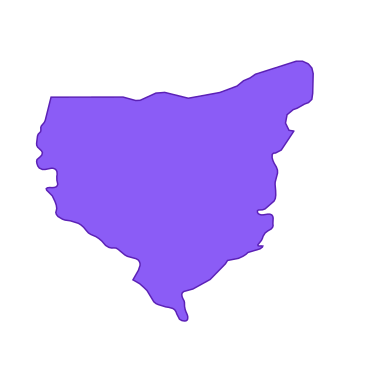 the County of Dolj, rotated 167°
{"feature_id": "ROU-122", "entity_name": "Dolj", "entity_type": "County", "adm_level": 1, "iso_a3": "ROU", "parent_name": "Romania", "parent_adm1": "", "projection": "natural_earth1", "projection_center": [23.693, 44.245], "detail": "fine", "context": "isolated", "style": "filled", "palette": "violet", "viewbox_px": 384, "rotation_deg": 167, "n_neighbors": 0, "source": "natural_earth", "source_scale": "10m", "svg_char_len": 2426}
<svg xmlns="http://www.w3.org/2000/svg" viewBox="0 0 384 384"><g transform="rotate(167 192 192)"><path d="M61.1,296.0L54.9,294.6L49.8,290.6L47.3,285.8L47.3,280.1L52.2,261.0L54.4,255.3L58.4,252.9L62.6,252.4L70.6,250.0L74.9,249.5L82.0,245.9L85.4,238.1L83.6,230.3L79.1,228.5L79.1,228.4L95.6,212.8L101.8,211.2L103.9,211.5L105.4,210.6L106.2,207.5L106.1,204.6L105.5,201.5L104.2,197.4L103.8,194.1L104.4,191.2L108.7,183.0L109.3,180.9L110.2,174.5L111.1,170.1L112.3,166.9L114.1,164.7L124.6,159.1L127.3,158.8L131.3,159.5L132.4,159.1L132.8,157.4L132.3,156.0L131.1,154.9L129.6,154.1L127.6,153.7L123.3,153.4L121.1,152.9L119.5,151.8L118.8,150.2L118.8,148.4L120.3,143.0L120.6,140.9L121.4,139.5L123.1,138.2L127.0,137.0L130.0,135.6L132.7,132.9L133.9,130.9L135.3,129.2L139.7,125.8L139.7,124.8L138.5,124.2L136.7,123.9L135.2,123.4L135.8,122.5L138.5,121.3L151.1,120.5L153.5,119.1L156.8,117.9L161.7,116.9L172.8,117.3L175.6,114.5L194.0,102.7L212.9,97.3L222.4,96.9L224.2,95.9L225.0,94.5L225.2,92.6L225.0,90.7L224.6,89.1L224.2,87.6L224.2,86.1L225.0,82.2L225.1,79.4L224.9,77.0L224.5,74.9L224.2,73.0L224.2,71.3L224.8,69.2L225.7,68.2L226.9,67.8L228.3,68.0L230.8,69.0L232.8,70.9L234.3,76.8L234.5,78.8L235.4,81.2L237.0,82.9L240.5,84.8L243.5,86.0L250.2,89.9L252.1,91.3L253.9,93.6L258.0,106.1L260.4,109.9L263.6,114.4L269.3,119.7L261.8,127.8L259.1,132.2L258.7,134.1L258.9,136.0L259.7,137.9L261.5,139.6L269.5,143.9L271.6,145.8L276.9,152.8L278.5,154.4L280.6,155.1L282.9,155.5L285.4,156.7L288.2,159.4L290.9,164.5L293.2,167.6L295.6,170.1L300.1,173.4L302.1,175.4L303.7,178.3L305.5,182.0L307.6,184.9L309.7,187.0L317.0,191.3L322.0,193.2L324.4,194.7L328.1,198.3L329.2,200.7L329.3,202.7L328.4,204.4L327.5,206.4L327.2,209.7L327.6,213.5L329.0,219.7L333.2,226.5L333.3,228.0L332.0,228.6L329.7,228.4L327.3,227.7L325.1,227.4L323.2,227.6L322.1,228.3L321.2,229.4L321.0,230.7L321.0,233.8L320.2,237.6L319.4,239.6L319.0,242.3L319.4,243.9L320.5,245.4L322.1,246.4L323.7,246.8L330.1,247.0L332.7,247.6L335.4,249.7L336.4,252.0L336.7,254.6L336.5,256.8L335.7,258.5L331.9,260.5L330.0,261.8L328.9,264.0L329.4,266.0L332.3,270.4L332.8,272.4L332.5,274.3L330.0,281.2L328.9,282.9L326.1,284.7L325.4,285.9L324.8,288.9L323.9,290.3L320.3,293.0L318.9,294.8L308.0,316.1L237.8,300.0L226.3,293.8L221.9,293.0L204.9,296.5L201.8,296.0L196.2,295.2L174.5,284.2L142.5,282.7L124.3,285.1L116.8,288.8L109.7,290.1L103.7,292.5L87.8,293.8L61.1,296.0Z" fill="#8b5cf6" stroke="#5b21b6" stroke-width="1.5"/></g></svg>